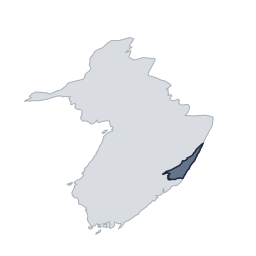 location of South Karelia within Finland, rotated 333°
{"feature_id": "FIN-3188", "entity_name": "South Karelia", "entity_type": "Province", "adm_level": 1, "iso_a3": "FIN", "parent_name": "Finland", "parent_adm1": "", "projection": "equal_earth", "projection_center": [28.093, 61.258], "detail": "fine", "context": "in_parent", "style": "filled", "palette": "slate", "viewbox_px": 256, "rotation_deg": 333, "n_neighbors": 0, "source": "natural_earth", "source_scale": "10m", "svg_char_len": 5312}
<svg xmlns="http://www.w3.org/2000/svg" viewBox="0 0 256 256"><g transform="rotate(333 128 128)"><path d="M97.0,107.9L95.5,104.8L93.5,102.3L91.2,101.6L90.5,100.6L90.2,98.5L90.6,96.9L93.1,95.4L93.7,93.3L95.1,91.6L94.5,90.6L90.7,87.6L90.2,86.6L90.1,85.0L92.3,83.5L91.8,82.0L87.7,81.4L87.9,80.5L89.1,79.0L88.5,77.8L88.7,75.0L90.7,73.8L88.4,72.8L86.2,71.1L84.2,71.0L83.1,69.2L79.6,67.5L67.4,65.2L59.8,62.7L55.9,60.6L52.2,59.4L51.9,58.3L48.0,57.5L48.8,57.0L51.9,57.0L54.4,57.4L55.4,56.9L54.4,55.3L54.6,54.9L57.6,54.0L62.3,54.0L72.0,60.2L73.5,62.2L83.0,62.9L84.1,63.4L86.7,63.3L92.3,62.3L94.4,60.9L96.5,61.0L110.0,64.1L112.2,63.4L113.5,61.5L114.6,60.7L116.2,60.1L119.3,59.7L121.9,58.2L122.2,53.9L123.5,52.7L125.9,48.5L130.2,46.6L133.3,44.7L136.4,44.5L141.9,44.9L148.5,42.9L152.8,42.6L160.2,46.1L170.7,48.2L173.5,51.1L172.1,52.3L166.5,55.4L166.3,56.3L168.2,57.7L160.3,59.5L160.9,59.9L165.1,60.2L165.6,60.8L161.3,64.9L161.1,65.7L164.3,70.2L173.9,72.2L176.5,74.2L183.4,78.2L182.7,80.1L172.6,87.1L170.3,89.1L170.0,90.4L176.0,96.1L179.1,100.2L182.6,103.2L185.4,108.2L185.6,109.9L179.9,110.8L181.5,111.7L180.1,113.3L180.0,115.6L178.4,117.0L178.7,117.4L181.4,117.8L181.7,118.7L181.5,119.4L178.7,120.5L178.4,121.7L179.9,123.8L181.1,124.5L185.5,125.1L186.1,125.7L186.3,127.1L184.3,128.6L184.3,129.2L186.2,131.9L192.0,134.1L192.6,135.7L192.6,136.8L192.3,137.8L187.9,141.5L184.6,142.7L191.2,146.7L203.0,151.8L208.2,156.3L208.6,157.5L204.9,163.1L203.4,164.7L194.0,171.0L180.6,181.5L173.8,186.2L160.6,193.4L151.0,200.1L145.7,201.4L141.7,199.9L139.6,200.3L137.7,201.3L131.1,202.4L130.9,201.3L132.3,198.4L131.7,198.4L130.5,199.8L129.9,201.4L128.6,202.2L125.9,202.5L123.3,201.2L122.0,201.2L123.3,203.1L123.2,203.7L121.8,203.6L118.8,205.1L118.1,205.1L117.2,203.9L114.0,205.2L111.1,205.4L109.3,206.5L100.4,207.9L97.9,209.7L96.3,209.3L86.4,210.7L82.4,210.4L77.8,213.0L74.3,213.4L78.0,210.6L78.2,209.7L76.3,209.2L75.0,208.2L73.8,206.2L73.1,206.0L71.8,208.7L69.5,209.6L66.6,209.5L66.2,208.4L66.8,207.3L66.4,207.1L66.8,206.3L68.3,206.2L68.7,205.8L68.7,205.3L67.6,204.8L68.8,203.0L63.7,202.6L57.4,200.6L56.7,199.0L53.6,200.2L50.9,199.0L50.5,198.2L50.1,192.1L50.5,190.4L52.2,188.4L52.8,186.3L52.9,182.6L53.8,182.6L52.9,181.4L54.4,181.1L54.6,180.7L51.5,174.8L49.6,173.5L51.3,169.3L51.2,168.3L51.0,167.1L48.6,165.9L47.9,162.2L48.7,160.1L53.7,156.4L54.0,154.9L56.8,154.8L55.6,153.5L55.3,151.9L59.3,151.3L60.7,151.8L64.2,151.2L67.3,150.0L66.2,147.8L67.8,147.7L67.3,147.2L67.5,146.7L68.7,146.9L70.7,145.4L70.8,144.2L74.3,143.6L78.3,141.2L82.0,139.9L85.8,137.5L87.4,137.4L88.3,135.8L92.5,133.4L94.1,131.5L98.0,129.3L101.9,125.6L102.4,124.5L108.2,123.1L113.4,123.5L113.3,122.6L112.6,122.0L114.8,121.0L114.3,119.5L113.1,118.8L114.6,113.2L113.0,112.1L107.1,110.2L104.6,110.1L103.3,108.6L104.0,107.0L100.6,108.3L97.0,107.9ZM61.5,203.4L65.1,203.4L66.1,204.4L64.4,205.0L64.3,205.8L65.1,207.0L63.4,207.0L62.4,205.7L60.7,204.7L61.5,203.4ZM106.9,121.3L104.6,121.9L102.8,121.5L102.8,120.5L106.0,119.7L109.1,120.5L107.5,120.7L106.9,121.3ZM50.7,150.6L50.5,151.6L52.6,150.9L53.5,151.2L53.3,152.0L52.6,151.9L50.8,152.8L49.3,152.0L48.3,150.6L50.7,150.6ZM51.1,200.2L50.8,201.1L48.6,201.1L47.8,200.3L47.4,198.8L48.3,198.2L48.8,199.0L51.1,200.2ZM59.4,203.8L58.3,203.9L56.7,202.9L56.5,202.6L57.2,202.4L56.9,201.3L58.2,201.9L58.8,202.6L58.1,202.7L59.4,203.8ZM56.7,207.5L55.1,208.1L54.5,207.9L54.7,206.9L55.7,206.4L57.3,206.3L56.7,207.5ZM53.4,208.1L52.0,208.3L51.2,207.7L52.5,206.9L53.6,206.9L53.8,207.4L53.4,208.1Z" fill="#d9dde1" stroke="#a8b0b8" stroke-width="1"/><path d="M187.6,176.0L185.0,178.2L182.9,179.4L182.6,179.7L182.2,180.3L181.9,180.6L179.7,182.1L179.2,182.4L178.2,182.6L177.9,182.8L177.6,183.1L177.3,183.5L177.1,183.9L174.8,185.3L174.4,185.7L174.2,185.9L173.9,186.2L173.0,187.0L171.9,187.6L169.6,188.4L168.7,188.8L167.6,189.4L166.7,189.7L166.5,189.9L166.0,190.4L165.0,191.0L164.7,191.3L164.5,191.6L163.8,192.2L162.5,192.4L161.8,192.7L159.5,194.1L158.0,195.3L156.5,196.0L154.3,197.7L154.0,197.7L153.9,197.7L153.5,197.6L153.5,197.4L152.7,197.0L152.4,196.9L152.3,196.7L152.0,196.2L151.9,196.0L151.3,195.9L150.6,195.9L150.0,195.8L149.8,195.6L149.3,195.2L146.5,195.2L146.0,195.1L145.6,194.8L144.9,194.1L144.3,193.8L142.4,193.4L141.8,193.2L140.8,192.5L140.6,192.3L140.6,192.2L140.8,192.2L141.1,192.3L141.6,192.3L142.0,192.3L142.3,192.2L142.2,191.9L141.9,191.7L141.7,191.5L141.5,191.4L141.0,191.4L140.9,191.3L140.8,191.2L141.1,191.0L140.9,190.8L140.9,190.5L141.2,190.2L141.7,189.9L142.0,189.8L142.1,189.7L141.9,189.6L141.7,189.5L141.5,189.4L141.8,189.1L141.9,188.8L141.9,188.5L143.7,188.4L144.0,188.3L144.3,188.2L144.4,187.9L144.6,187.8L144.6,187.7L144.2,187.6L143.8,187.5L143.7,187.3L143.8,187.1L143.8,186.9L142.9,186.2L142.4,185.9L142.1,185.7L142.4,185.6L142.6,185.5L142.4,185.4L140.8,185.5L138.2,185.2L138.1,184.9L138.4,184.7L138.9,184.6L140.0,184.7L140.4,184.7L141.8,184.2L142.5,184.1L143.3,184.2L147.0,184.9L157.1,184.7L159.6,183.8L160.4,183.3L160.6,183.1L160.7,182.9L160.8,182.8L160.8,182.7L161.2,182.4L161.5,182.2L161.9,182.1L162.2,182.2L162.6,182.7L163.0,182.8L164.4,182.9L165.9,182.7L166.8,182.4L167.0,182.2L166.9,181.8L167.0,181.6L167.3,181.6L168.1,181.7L170.6,181.7L172.8,181.5L173.6,181.3L174.0,181.0L175.1,180.1L177.1,179.5L178.1,179.0L178.6,178.3L186.2,176.0L187.5,176.0L187.6,176.0Z" fill="#64748b" stroke="#1e293b" stroke-width="1.5"/></g></svg>